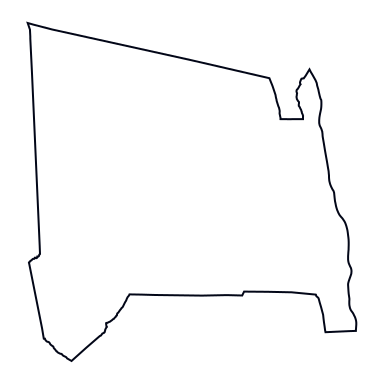 the district of Galole, Coast, Kenya
{"feature_id": "3690345B71380805916784", "entity_name": "Galole", "entity_type": "district", "adm_level": 2, "iso_a3": "KEN", "parent_name": "Kenya", "parent_adm1": "Coast", "projection": "equal_earth", "projection_center": [39.8, -1.506], "detail": "fine", "context": "isolated", "style": "outline", "palette": "ink", "viewbox_px": 384, "rotation_deg": 0, "n_neighbors": 0, "source": "geoboundaries", "source_scale": "gbopen_adm2", "svg_char_len": 5895}
<svg xmlns="http://www.w3.org/2000/svg" viewBox="0 0 384 384"><path d="M27.7,23.0L29.8,29.2L30.0,29.7L30.0,30.5L30.3,36.5L30.3,38.6L31.9,71.2L39.7,245.8L40.0,254.0L39.5,254.4L39.3,254.6L39.2,254.9L39.2,255.2L39.1,255.6L39.0,255.9L38.8,256.1L38.5,256.4L38.2,256.6L37.9,256.8L37.7,256.8L37.5,256.6L37.3,256.5L37.2,256.7L37.1,257.0L37.1,257.6L37.0,257.8L36.8,258.0L36.4,258.1L36.1,258.2L35.3,257.8L35.0,257.6L34.8,257.7L34.7,258.0L34.6,258.4L34.3,258.7L34.1,258.9L33.0,258.9L32.8,259.0L32.1,259.6L31.6,260.2L31.3,260.5L31.1,260.6L30.8,260.6L30.5,260.8L30.3,261.0L29.6,262.0L29.3,262.1L29.0,262.4L28.9,262.8L29.1,263.2L42.1,328.5L43.7,338.1L43.8,338.7L44.0,338.8L44.4,338.8L44.7,338.7L44.9,338.7L45.0,339.0L45.2,339.4L45.3,339.8L45.9,340.6L46.2,340.9L46.6,341.3L47.2,341.7L47.5,341.8L48.3,341.9L48.6,342.1L49.1,342.3L49.3,342.5L50.0,343.6L50.3,344.3L50.7,344.7L52.1,345.8L52.6,346.1L52.8,346.2L53.2,346.5L53.4,346.8L53.7,347.8L54.0,348.3L54.1,348.5L54.9,349.2L55.1,349.5L55.5,350.0L56.1,350.9L56.5,351.3L56.9,351.4L57.2,351.9L57.9,352.5L58.4,352.8L60.4,353.8L60.7,353.8L61.0,353.8L61.4,353.9L62.0,354.3L62.2,354.5L62.3,354.8L62.6,355.1L63.1,355.6L63.6,355.9L65.7,356.9L66.3,357.3L67.2,358.5L68.0,358.9L71.5,361.0L86.2,347.8L99.6,336.2L99.8,336.0L100.0,335.9L100.4,335.8L101.1,335.4L101.2,335.1L101.6,334.6L101.8,334.4L102.1,333.9L102.3,333.6L102.5,333.5L102.8,333.4L103.2,333.2L103.7,332.8L104.1,332.8L104.3,332.6L104.5,332.3L104.7,332.1L104.8,331.8L104.8,331.5L104.9,331.1L105.1,330.7L105.2,329.8L105.6,328.9L105.7,328.7L106.1,328.0L106.3,327.6L106.4,327.4L106.7,327.2L106.9,326.9L106.7,326.6L106.4,326.3L106.3,325.1L106.2,324.6L106.1,323.8L106.1,323.4L106.2,323.0L106.5,322.9L106.7,323.0L107.0,323.0L107.7,322.7L108.4,322.3L109.8,321.7L110.1,321.6L110.7,321.1L111.5,320.5L112.0,320.2L112.7,319.5L113.0,319.2L113.5,319.0L113.8,318.9L114.0,318.7L114.8,317.6L115.1,317.3L115.7,316.9L116.1,316.0L116.4,315.7L116.6,315.7L116.8,315.5L117.0,315.1L117.0,314.6L117.1,314.1L117.2,313.6L117.4,313.3L118.2,312.7L118.4,312.5L118.9,311.7L119.3,311.2L119.8,310.4L120.7,309.3L120.9,309.1L121.6,308.0L122.3,307.5L122.7,307.0L122.9,306.7L124.6,303.2L125.3,301.9L125.7,301.3L125.9,301.0L126.3,300.2L126.6,299.3L127.0,298.4L127.6,297.2L127.9,296.8L128.7,295.9L129.2,295.1L129.5,294.4L141.5,294.6L148.1,294.8L155.5,295.0L202.1,295.6L226.8,295.1L242.2,295.5L244.1,291.6L267.6,291.8L291.6,292.3L315.8,294.6L316.0,294.9L316.1,295.6L316.3,296.0L316.5,296.3L317.7,297.3L318.1,297.7L318.3,297.9L318.5,298.2L318.8,299.1L319.7,302.5L321.1,307.2L322.1,311.0L323.1,314.7L323.2,315.5L323.5,318.4L324.0,322.5L324.1,323.1L324.6,326.5L325.1,330.3L325.5,332.2L336.3,331.7L349.8,331.1L355.9,330.9L355.9,330.2L356.0,328.8L356.3,324.6L356.3,322.7L356.2,321.7L356.1,321.0L356.0,320.4L355.8,319.6L355.5,318.6L355.2,317.7L354.8,316.7L354.3,315.8L353.3,313.7L352.7,312.7L351.2,310.7L350.9,310.2L350.5,309.4L350.3,308.9L350.0,308.1L349.8,307.2L349.4,305.2L349.3,303.8L349.3,302.4L349.3,300.8L349.4,300.1L349.4,298.7L349.3,298.0L348.7,293.8L348.5,291.5L348.4,290.0L348.1,285.1L348.1,284.2L348.2,283.3L348.4,282.5L348.5,282.1L348.8,281.0L349.2,279.9L349.7,278.4L350.6,275.9L351.2,274.1L351.4,273.1L351.4,272.6L351.5,271.6L351.5,270.8L351.4,269.9L351.2,269.0L351.1,268.5L350.8,267.7L350.2,266.6L349.5,265.0L348.9,263.6L348.7,263.0L348.6,262.7L348.3,261.3L348.1,259.7L348.1,258.7L348.1,257.6L348.1,256.1L348.4,251.6L348.6,249.4L348.6,248.4L348.7,245.0L348.7,242.3L348.6,239.7L348.4,237.6L348.1,235.3L347.8,232.8L347.5,230.7L347.2,229.3L346.5,226.6L346.1,225.3L345.7,224.2L345.4,223.3L345.0,222.5L344.5,221.4L344.1,220.9L343.2,219.5L342.5,218.5L342.0,217.9L340.9,216.7L340.5,216.2L340.0,215.6L339.3,214.6L338.8,213.6L338.4,212.9L337.6,211.0L337.2,210.1L336.5,207.9L336.0,206.0L335.5,203.4L335.0,201.1L334.9,200.2L334.6,197.7L334.2,193.7L334.1,192.7L333.6,191.2L333.3,190.5L333.1,190.2L332.7,189.8L331.2,186.8L330.8,185.8L330.6,185.4L330.0,183.7L329.8,182.8L329.5,181.7L329.3,180.7L329.1,178.8L329.0,177.2L329.0,175.5L328.8,173.6L328.6,171.2L328.1,168.4L327.3,163.5L326.9,161.1L326.2,157.3L325.1,151.1L323.8,143.1L322.9,137.9L322.7,136.7L322.6,135.7L322.5,133.8L322.3,132.3L322.3,131.8L321.9,130.6L321.6,129.6L321.1,128.3L320.1,126.3L319.7,125.4L319.6,125.0L319.3,123.6L319.2,123.0L319.2,121.9L319.2,120.2L319.4,117.6L319.7,115.7L320.1,113.5L320.9,109.8L321.1,108.7L321.3,106.8L321.4,104.6L321.4,102.2L321.3,100.6L321.2,99.9L320.5,98.7L319.7,95.8L318.8,91.9L318.5,90.4L318.3,89.4L317.1,85.4L317.1,85.1L316.8,83.5L316.6,82.7L316.4,82.3L315.7,80.6L315.5,80.2L312.6,75.0L310.8,72.0L309.5,69.4L306.1,75.0L305.9,75.4L305.4,76.1L304.3,77.6L303.8,78.3L303.4,78.2L303.1,78.3L302.8,78.6L301.8,78.6L301.5,78.7L300.8,80.1L300.1,82.0L300.0,82.6L300.0,83.1L300.4,84.0L300.6,84.3L300.2,84.8L300.0,85.0L299.8,85.4L299.2,86.4L299.0,86.9L298.8,87.2L298.6,87.6L298.4,87.9L298.0,88.5L297.9,88.8L297.6,89.0L297.0,89.6L296.8,89.9L296.6,90.3L296.6,90.7L296.5,91.1L296.5,91.5L296.7,92.3L296.8,92.7L297.1,93.2L297.0,93.6L296.9,94.3L296.8,94.8L296.8,95.5L296.7,95.9L296.5,96.9L296.6,97.5L296.7,97.9L296.8,98.4L296.8,98.8L296.9,99.1L297.4,99.9L297.8,100.7L298.0,100.9L298.6,101.6L298.9,101.9L299.0,102.3L299.0,103.0L299.0,103.3L298.8,104.3L298.8,105.6L298.8,105.9L299.4,106.6L299.5,106.9L299.9,107.4L300.0,107.7L300.2,108.3L300.5,108.8L301.1,109.9L301.2,110.2L301.5,111.3L301.8,111.9L301.8,112.5L301.9,112.8L302.0,113.2L302.4,114.0L302.6,114.3L302.9,115.3L303.0,115.7L303.1,116.0L303.0,116.4L303.0,116.8L303.0,117.1L303.0,117.4L303.0,118.1L303.0,118.9L303.0,119.1L297.1,119.1L293.9,119.1L290.4,119.2L280.5,119.1L280.5,117.7L280.2,116.6L280.0,115.4L279.6,113.7L279.6,113.2L279.7,111.1L279.6,110.4L279.5,109.9L279.0,107.7L278.4,106.4L276.7,101.0L276.6,100.4L276.4,99.2L276.1,98.2L275.9,97.3L275.7,96.1L275.5,94.9L275.4,94.6L272.9,87.1L272.4,85.7L271.9,84.4L271.3,83.0L269.4,78.2L190.9,60.1L52.2,29.5L33.3,24.6L27.7,23.0Z" fill="none" stroke="#020617" stroke-width="2"/></svg>